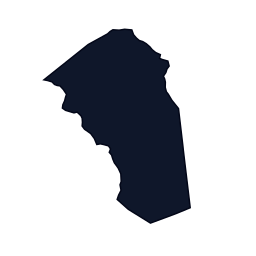 outline of Serrinha, Rio Grande do Norte, Brazil, rotated 69°
{"feature_id": "56859067B56101183977700", "entity_name": "Serrinha", "entity_type": "district", "adm_level": 2, "iso_a3": "BRA", "parent_name": "Brazil", "parent_adm1": "Rio Grande do Norte", "projection": "orthographic", "projection_center": [-35.59, -6.26], "detail": "fine", "context": "isolated", "style": "filled", "palette": "ink", "viewbox_px": 256, "rotation_deg": 69, "n_neighbors": 0, "source": "geoboundaries", "source_scale": "gbopen_adm2", "svg_char_len": 1044}
<svg xmlns="http://www.w3.org/2000/svg" viewBox="0 0 256 256"><g transform="rotate(69 128 128)"><path d="M37.8,89.3L34.6,95.8L33.5,101.2L30.9,106.9L31.5,110.1L32.8,113.3L35.8,135.2L52.9,189.2L54.9,186.0L57.7,182.4L61.0,181.0L62.9,178.9L64.3,176.4L68.8,174.6L74.5,173.3L76.9,175.3L79.9,177.4L83.0,180.5L85.9,182.1L89.1,180.0L91.5,176.9L94.5,173.0L94.9,169.8L99.7,167.5L102.5,167.3L106.4,168.5L109.7,170.1L113.6,169.0L119.8,164.8L125.7,163.2L132.2,163.0L132.9,159.4L134.9,156.4L137.7,152.6L141.3,151.8L144.0,154.2L147.3,153.0L151.5,153.3L155.6,153.2L158.8,152.3L162.0,151.5L168.2,151.1L175.5,153.5L178.2,155.8L183.7,156.8L187.3,160.8L190.8,163.7L204.1,156.8L224.8,141.1L225.1,113.6L224.7,98.5L193.0,90.5L181.1,87.5L168.5,84.3L164.8,83.3L127.9,73.9L117.9,77.1L110.9,78.3L107.9,79.2L103.4,78.7L98.6,76.7L95.4,76.2L92.3,76.4L89.8,72.8L86.9,70.5L84.9,67.4L79.8,66.8L76.3,71.5L74.3,73.6L71.1,71.5L67.5,75.1L63.5,77.4L60.1,78.5L55.8,80.8L52.6,83.3L50.4,86.1L47.1,87.9L42.9,89.4L37.8,89.3Z" fill="#0f172a" stroke="#020617" stroke-width="1.5"/></g></svg>